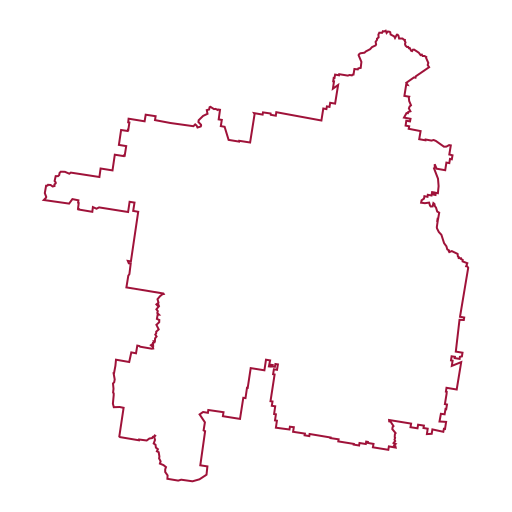 Gunnedah, New South Wales, Australia (Robinson projection)
{"feature_id": "25037944B84147386402076", "entity_name": "Gunnedah", "entity_type": "district", "adm_level": 2, "iso_a3": "AUS", "parent_name": "Australia", "parent_adm1": "New South Wales", "projection": "robinson", "projection_center": [150.062, -31.024], "detail": "fine", "context": "isolated", "style": "outline", "palette": "rose", "viewbox_px": 512, "rotation_deg": 0, "n_neighbors": 0, "source": "geoboundaries", "source_scale": "gbopen_adm2", "svg_char_len": 5996}
<svg xmlns="http://www.w3.org/2000/svg" viewBox="0 0 512 512"><path d="M55.7,183.3L54.4,184.5L54.5,186.0L52.7,186.5L50.6,185.0L48.0,184.8L47.5,185.6L46.1,185.7L44.8,193.1L46.2,196.8L46.1,197.6L43.8,200.0L69.1,203.6L72.4,199.1L78.4,200.3L78.1,202.7L78.7,203.0L78.0,208.9L78.7,209.0L78.6,209.5L92.3,211.8L92.9,207.1L96.5,208.7L99.1,207.4L128.1,212.0L129.6,201.8L134.5,202.6L133.2,210.9L138.2,211.8L130.9,261.4L127.8,260.9L128.8,263.3L130.7,263.6L129.4,274.1L128.3,275.7L126.4,287.4L163.4,293.5L163.7,294.0L162.5,294.2L160.0,296.2L157.5,299.2L158.5,302.7L156.4,304.4L157.4,305.5L158.5,305.0L159.0,306.2L156.4,309.3L157.8,311.1L157.3,313.0L159.0,314.7L157.6,314.8L156.9,318.9L159.3,320.0L159.2,322.2L156.4,324.8L158.7,329.4L156.2,331.7L156.2,333.3L155.3,334.6L156.6,336.5L155.1,338.3L154.9,341.1L153.7,341.2L154.3,342.4L153.0,342.8L153.1,344.8L152.3,344.2L150.9,345.2L152.9,346.9L153.2,348.5L151.7,348.7L140.1,346.7L139.3,346.0L137.3,345.6L136.0,353.3L131.3,352.4L129.2,362.0L116.0,359.7L115.4,365.8L114.0,373.3L113.6,373.3L114.7,379.4L114.2,382.2L113.0,383.5L113.5,388.7L113.1,392.6L113.7,393.3L113.7,395.1L112.9,403.7L113.8,407.2L119.7,407.0L123.6,407.8L119.3,436.5L120.0,437.1L139.0,440.3L139.1,439.5L146.7,440.5L149.4,438.5L152.1,438.1L152.9,436.8L154.4,436.2L154.8,435.5L155.2,435.8L154.2,436.9L155.0,439.9L153.7,443.5L155.5,444.7L155.9,447.6L157.9,449.2L156.9,451.3L158.7,452.2L159.4,456.6L159.1,458.4L160.6,461.3L159.9,463.6L163.5,465.1L166.0,467.1L165.2,469.3L165.2,472.0L167.6,475.4L167.4,478.8L178.2,480.6L181.2,479.7L192.5,481.3L199.5,479.3L206.5,474.7L207.4,466.4L200.3,465.3L205.1,431.2L203.6,430.4L204.9,422.3L199.6,414.4L203.1,412.0L207.9,412.8L208.3,410.0L223.5,412.2L222.9,416.2L240.0,418.9L243.3,397.8L245.5,398.1L247.0,387.8L247.7,387.9L250.7,368.1L264.4,370.3L266.0,359.7L270.1,360.4L268.9,366.4L270.7,366.6L271.0,364.8L272.7,365.0L272.5,366.5L274.9,366.8L275.4,364.0L277.9,364.4L277.0,369.8L273.9,369.3L273.1,374.2L274.6,374.5L270.5,401.2L272.5,401.5L271.8,405.8L275.2,406.3L274.1,414.0L275.9,414.3L275.0,420.4L276.9,420.7L275.9,427.7L289.5,429.5L289.9,426.7L293.8,427.2L293.1,431.8L304.9,433.6L304.6,435.3L309.3,436.1L309.6,434.0L330.6,437.5L330.5,438.1L338.6,439.3L338.3,441.4L353.8,443.9L353.7,444.6L359.1,445.5L359.5,443.0L365.8,444.0L366.2,441.6L367.8,441.9L367.6,442.9L373.5,443.9L372.9,447.3L388.3,449.8L388.9,446.4L395.7,447.6L395.4,446.3L394.6,446.3L394.0,445.3L395.6,443.9L393.6,443.0L395.2,441.0L394.5,439.7L395.1,437.8L394.7,437.1L394.9,434.1L395.6,433.1L392.3,429.1L392.6,427.1L393.5,426.1L390.6,421.7L389.2,421.4L389.1,420.0L411.1,423.6L410.5,427.2L417.5,428.3L418.1,424.7L423.9,425.6L423.5,428.0L427.7,428.7L426.9,434.1L431.7,433.8L432.4,429.4L443.3,431.8L443.9,428.8L445.0,429.0L446.1,421.9L439.5,421.5L440.9,413.8L444.6,414.3L445.5,409.0L446.2,409.2L447.0,404.5L444.9,404.1L446.6,393.7L446.7,391.8L445.9,391.6L446.5,387.8L456.7,389.5L461.2,362.1L451.8,365.9L452.6,360.7L451.0,360.4L451.6,356.3L454.9,356.8L454.7,358.1L459.6,358.9L459.9,356.8L461.9,356.4L462.5,352.7L455.8,351.6L459.5,319.8L463.8,320.0L464.2,317.5L460.0,316.8L468.2,267.8L467.2,266.3L466.2,266.2L467.3,263.2L462.6,261.4L462.7,259.9L461.0,259.0L461.0,258.3L458.8,258.1L458.9,257.2L457.9,256.5L457.6,253.9L451.8,251.1L449.3,252.1L448.8,251.3L449.0,250.4L447.3,249.4L446.4,246.3L444.1,243.2L441.4,234.8L438.8,232.0L437.0,228.4L436.8,227.2L437.8,220.5L437.3,220.6L437.6,218.8L438.1,218.9L439.2,212.7L437.2,211.5L436.0,207.6L434.9,206.2L434.4,203.9L433.4,203.1L432.6,206.4L430.8,206.5L430.0,205.6L429.1,202.6L424.9,203.2L421.1,202.7L421.6,200.3L424.0,198.6L424.4,196.2L427.5,196.8L427.8,194.8L431.5,195.5L432.1,192.1L433.9,192.4L433.5,194.6L435.5,195.0L435.8,192.8L437.9,193.2L438.6,186.1L438.0,178.7L434.0,168.3L434.8,167.7L434.7,164.2L436.6,168.7L445.2,170.2L446.4,162.6L449.3,163.1L450.0,158.9L451.8,159.3L452.5,155.3L449.3,154.5L450.8,145.4L449.1,145.1L446.4,146.6L444.0,146.7L435.8,140.9L433.6,140.0L431.5,140.6L425.6,139.5L425.5,140.3L419.2,139.2L420.6,131.1L408.7,128.8L409.2,126.3L405.6,125.6L406.3,120.7L410.0,121.4L410.5,118.8L404.0,117.6L406.5,113.1L407.9,113.2L408.2,112.0L410.4,111.3L408.9,108.4L409.6,106.5L411.0,105.3L409.2,101.1L408.8,97.6L409.2,96.7L404.4,95.9L406.2,84.6L407.6,84.9L406.3,82.8L414.0,77.4L415.5,77.7L415.8,76.3L429.1,67.2L427.7,65.0L428.3,62.9L426.1,57.9L426.3,57.0L424.5,56.0L422.6,56.0L421.8,54.6L420.6,55.1L418.8,52.7L414.1,49.6L412.9,49.7L412.1,51.1L411.1,50.7L409.7,48.0L408.9,48.2L408.2,46.9L407.0,47.0L405.5,45.6L405.0,44.0L405.5,42.3L404.9,41.4L404.9,39.9L403.8,39.7L402.5,38.5L399.1,38.5L398.4,35.6L397.6,34.7L396.8,34.7L395.0,38.0L394.2,36.4L390.6,34.5L390.2,32.2L389.6,31.8L387.9,31.5L386.6,33.0L385.7,30.7L384.0,31.5L382.9,31.2L382.1,32.8L379.3,32.7L378.4,34.6L378.6,37.4L377.0,38.7L377.1,39.7L375.6,41.9L376.1,44.4L375.6,45.4L372.0,47.1L370.1,49.2L365.9,51.4L364.5,52.7L360.3,53.3L358.8,54.5L358.6,55.2L361.4,61.9L360.7,67.9L358.3,68.4L357.8,69.4L354.4,69.0L353.5,74.6L352.5,74.7L351.9,75.4L349.6,75.0L347.8,75.6L339.2,74.2L339.0,75.3L335.1,74.6L334.5,78.0L333.7,77.9L333.2,81.3L334.0,81.4L332.9,88.7L338.1,85.0L335.1,103.6L330.2,102.8L329.5,106.9L326.9,106.4L326.4,109.1L323.3,108.5L321.4,120.5L276.3,112.2L275.8,115.7L270.8,114.8L270.6,113.5L263.0,112.4L262.6,114.6L254.0,113.1L254.6,114.1L250.1,142.5L239.2,140.8L239.1,141.6L228.6,139.9L224.6,126.8L220.8,126.1L221.8,119.9L218.7,119.4L220.0,109.8L218.1,109.5L217.7,110.0L215.6,108.9L214.0,109.1L210.4,106.8L209.6,107.2L209.1,109.5L206.8,110.1L207.5,113.8L203.1,115.9L198.7,120.2L198.4,122.0L201.0,124.7L201.1,125.7L200.7,126.5L197.5,127.5L196.6,125.6L195.2,124.4L193.4,126.2L170.4,123.0L155.0,120.1L155.6,116.2L145.7,114.7L144.6,121.3L128.6,118.7L128.2,122.3L129.4,122.5L128.3,129.9L127.9,129.8L127.7,131.0L121.1,130.0L118.9,144.9L126.2,146.1L124.7,155.7L123.8,155.5L123.7,156.1L114.8,154.7L112.5,170.4L100.6,168.5L99.4,177.0L70.8,172.6L69.3,173.7L64.9,171.8L60.8,171.7L59.6,172.9L59.2,175.1L58.1,176.1L55.7,176.1L54.6,181.0L55.7,182.4L55.7,183.3Z" fill="none" stroke="#9f1239" stroke-width="2"/></svg>